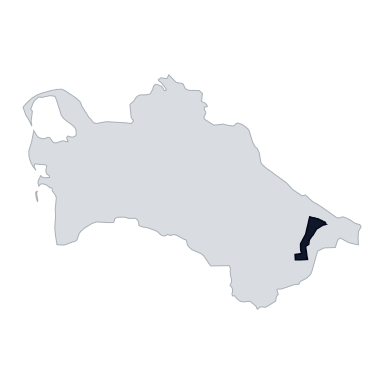 Halac, Chardzhou, Turkmenistan shown in context
{"feature_id": "10190150B91732086642718", "entity_name": "Halac", "entity_type": "district", "adm_level": 2, "iso_a3": "TKM", "parent_name": "Turkmenistan", "parent_adm1": "Chardzhou", "projection": "mercator", "projection_center": [64.556, 37.553], "detail": "fine", "context": "in_parent", "style": "filled", "palette": "ink", "viewbox_px": 384, "rotation_deg": 0, "n_neighbors": 0, "source": "geoboundaries", "source_scale": "gbopen_adm2", "svg_char_len": 4507}
<svg xmlns="http://www.w3.org/2000/svg" viewBox="0 0 384 384"><path d="M106.3,121.7L125.4,122.8L131.2,123.6L133.6,120.8L133.5,120.1L132.6,119.6L131.2,117.6L129.9,104.6L131.6,102.8L133.5,101.4L136.2,97.3L137.7,96.0L139.9,95.0L147.2,94.7L150.2,93.9L152.8,89.2L153.4,86.5L155.4,84.3L156.5,84.3L161.4,86.2L162.5,87.2L164.2,90.6L166.0,90.4L166.3,89.8L166.1,89.1L164.7,86.9L161.6,83.0L158.5,80.5L158.3,79.7L160.9,77.8L166.1,78.6L167.4,78.0L168.8,74.8L175.6,81.9L176.9,82.6L182.4,83.5L183.3,84.5L185.2,88.5L187.0,89.6L189.4,90.4L199.1,90.5L202.1,93.2L202.6,93.9L202.0,95.8L201.9,99.4L201.1,100.9L201.6,101.5L205.0,103.0L207.1,105.3L207.3,106.4L206.7,107.0L205.1,106.7L204.3,107.7L204.3,109.6L205.4,111.4L205.8,113.0L204.1,116.8L204.1,118.4L204.6,119.3L213.4,124.9L214.8,125.1L223.2,124.1L224.8,124.7L232.2,125.9L234.2,125.8L235.7,123.9L237.0,123.2L238.3,123.2L241.8,124.3L245.5,126.8L248.0,129.0L249.2,131.0L252.6,142.0L254.8,146.4L257.4,148.8L259.3,153.0L260.8,162.3L261.8,164.1L265.8,167.8L286.3,182.7L292.5,189.4L302.0,195.8L305.5,195.1L313.0,201.9L317.7,204.4L323.8,208.5L336.7,217.7L339.4,218.0L342.5,216.8L345.2,217.5L350.1,219.9L355.2,223.4L359.7,224.6L360.9,226.1L361.0,227.0L358.5,231.4L358.1,237.0L358.4,244.6L357.2,244.7L348.5,242.6L340.3,238.0L338.3,239.5L337.3,241.0L335.3,247.5L324.2,247.9L317.6,251.1L311.6,272.1L310.3,274.7L306.7,278.1L300.3,281.5L299.3,282.8L299.1,284.1L298.3,284.4L294.8,284.4L281.4,289.0L278.5,289.0L277.3,289.3L276.8,290.1L278.3,294.3L277.1,295.5L276.2,297.5L275.6,301.1L266.7,306.7L264.9,307.3L261.4,306.8L259.5,307.4L257.7,309.2L256.8,308.6L256.3,306.8L255.4,305.7L249.9,301.2L243.6,301.9L241.2,301.5L239.4,300.8L236.5,298.2L234.6,295.7L232.7,296.0L232.1,294.8L232.0,293.5L232.6,291.8L232.4,288.7L231.3,286.5L230.0,285.5L231.5,281.9L231.5,279.2L230.6,276.2L230.2,272.0L230.4,267.8L229.2,265.7L210.6,265.9L204.0,256.2L201.3,253.8L192.0,249.7L189.5,247.5L187.4,245.0L186.8,241.7L185.8,239.7L184.3,239.4L177.1,235.5L174.2,234.5L170.2,235.5L167.8,234.4L165.1,235.9L163.9,236.0L160.9,235.0L157.3,231.5L154.2,230.1L147.7,227.8L143.2,227.1L139.2,225.7L138.8,225.2L138.7,222.2L138.1,221.0L137.0,219.5L135.4,218.3L128.5,218.4L125.4,217.3L122.9,217.1L117.4,217.3L115.6,218.2L114.6,219.1L114.0,222.0L113.4,222.5L108.1,222.6L96.8,221.9L92.1,223.4L84.8,227.9L80.6,231.6L79.3,233.3L76.9,240.0L75.8,240.9L74.3,241.7L72.9,241.8L66.2,244.4L63.6,245.1L57.0,244.7L55.4,234.9L54.8,227.1L55.6,216.2L55.2,209.2L56.3,198.5L55.9,195.9L52.5,191.2L52.0,187.9L49.9,187.7L46.5,184.9L43.2,183.9L41.5,183.8L40.0,184.6L38.9,186.2L38.1,183.7L38.1,181.0L40.8,175.6L42.4,177.2L44.5,177.8L49.6,177.5L49.1,175.6L46.4,173.7L45.9,171.2L46.1,168.7L46.8,166.2L46.0,165.2L44.8,164.6L42.0,164.7L34.8,163.8L34.0,166.6L36.0,170.4L32.7,166.1L30.5,161.7L29.0,156.5L28.8,150.9L31.6,141.9L33.8,130.7L36.6,135.4L38.6,137.5L43.1,138.8L45.3,138.5L47.6,137.3L49.8,137.7L53.4,142.5L55.9,143.0L61.2,141.2L63.7,140.8L65.8,141.6L68.1,141.6L67.1,139.4L66.7,137.2L68.0,136.0L72.1,137.3L75.4,136.0L76.0,135.4L76.3,133.5L75.9,129.7L75.1,128.1L73.2,125.8L65.8,120.4L63.4,118.2L61.3,115.4L57.9,104.3L55.4,97.1L54.4,96.2L50.1,95.6L42.0,97.4L39.1,97.0L37.7,97.8L34.4,100.8L32.9,103.4L30.7,109.3L32.4,111.2L31.1,121.1L31.8,125.3L31.6,125.6L29.1,120.3L25.8,115.1L23.0,107.1L27.9,101.8L32.0,98.1L36.5,95.3L41.1,93.4L51.5,90.5L57.3,89.4L61.9,89.2L65.5,91.0L75.3,97.5L79.5,101.1L80.6,102.6L81.8,106.1L88.9,117.4L90.6,119.0L93.3,122.5L96.0,123.6L106.3,121.7ZM37.8,200.4L37.5,201.9L36.2,197.5L35.6,192.7L36.4,191.4L37.3,191.5L36.5,193.2L37.8,200.4Z" fill="#d9dde1" stroke="#a8b0b8" stroke-width="1"/><path d="M308.1,224.1L306.8,229.3L306.2,232.1L305.7,234.2L303.2,238.9L301.5,242.1L300.6,243.7L300.6,247.4L300.8,250.6L301.4,252.4L301.4,253.6L300.9,253.7L298.0,254.1L295.1,254.5L295.4,259.8L296.6,259.8L299.6,259.8L299.9,259.8L307.5,259.4L307.4,258.5L306.9,256.3L306.7,254.9L306.5,252.8L306.1,250.0L305.8,248.3L305.6,246.7L306.7,245.6L307.2,245.3L308.7,244.4L308.9,243.0L308.9,242.7L309.1,241.1L309.4,239.8L310.2,238.5L310.9,237.7L311.4,236.9L311.6,236.4L312.3,235.8L313.2,234.6L313.9,233.4L314.6,232.2L315.0,231.6L316.0,229.9L316.3,229.2L317.4,228.5L317.8,228.3L318.5,227.8L319.2,227.4L321.2,226.1L322.6,225.3L322.7,225.2L324.3,224.8L325.7,224.4L326.0,224.3L325.6,224.1L325.6,223.2L324.7,221.9L323.9,222.1L322.7,221.1L321.0,220.3L320.5,220.1L318.0,218.8L316.2,218.5L315.6,218.4L314.4,217.8L313.3,217.9L313.2,217.9L312.6,217.7L311.3,217.3L309.8,216.8L309.3,218.7L308.6,221.7L308.1,224.1Z" fill="#0f172a" stroke="#020617" stroke-width="1.5"/></svg>